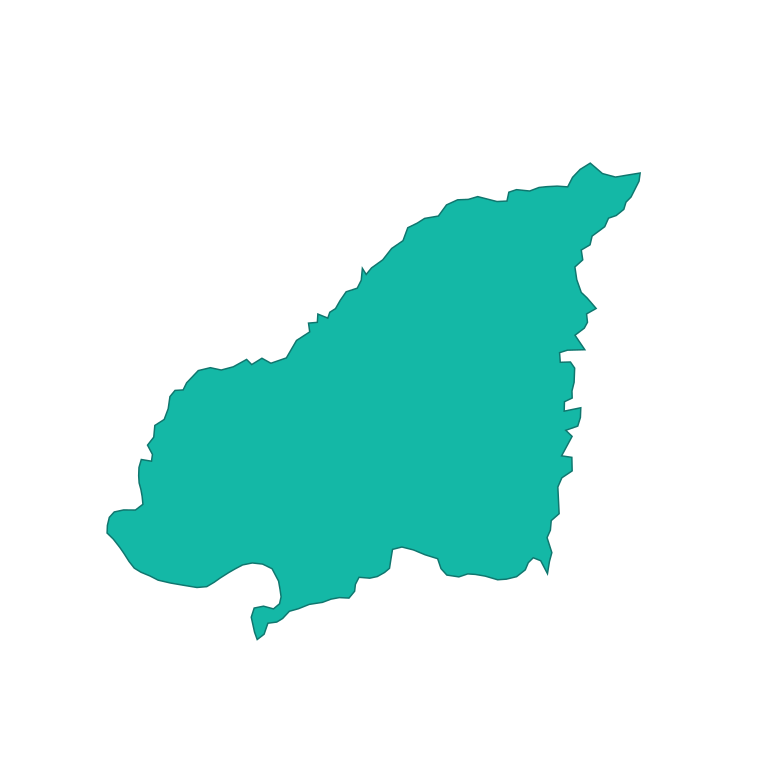 outline of São Marcos, Rio Grande do Sul, Brazil, rotated 289°
{"feature_id": "56859067B15820019194660", "entity_name": "São Marcos", "entity_type": "district", "adm_level": 2, "iso_a3": "BRA", "parent_name": "Brazil", "parent_adm1": "Rio Grande do Sul", "projection": "natural_earth1", "projection_center": [-51.072, -28.957], "detail": "fine", "context": "isolated", "style": "filled", "palette": "teal", "viewbox_px": 768, "rotation_deg": 289, "n_neighbors": 0, "source": "geoboundaries", "source_scale": "gbopen_adm2", "svg_char_len": 2451}
<svg xmlns="http://www.w3.org/2000/svg" viewBox="0 0 768 768"><g transform="rotate(289 384 384)"><path d="M101.1,347.3L108.4,352.1L120.0,352.1L124.0,360.1L129.3,364.5L138.3,368.5L143.7,376.3L151.3,385.1L157.5,396.9L163.3,403.9L167.5,411.3L170.2,420.6L178.5,423.7L185.2,422.2L193.1,423.3L195.8,433.8L199.8,440.4L206.0,445.9L211.5,449.2L220.4,447.6L230.4,445.9L235.7,454.0L236.7,465.7L235.9,478.5L236.3,491.6L228.0,498.0L223.8,505.6L226.0,517.6L231.7,525.0L233.7,532.3L235.3,542.3L235.9,555.2L239.3,563.2L245.0,572.1L254.3,578.1L262.0,578.6L268.3,581.7L267.9,589.7L257.9,600.3L270.2,598.2L279.2,597.6L291.8,588.2L300.0,588.9L309.3,586.6L318.4,591.8L343.2,581.9L353.2,582.7L363.1,590.2L375.8,585.5L373.9,575.3L395.7,578.9L399.4,570.9L407.3,580.9L416.3,580.6L425.6,577.8L417.0,563.2L426.0,560.4L432.0,566.5L438.6,564.0L447.5,563.2L461.1,559.1L465.5,553.1L461.9,543.6L470.8,539.8L475.7,546.4L481.8,562.7L492.3,548.7L502.0,555.2L508.6,556.3L516.2,552.7L524.5,560.0L531.5,548.0L534.8,540.7L545.4,532.3L556.8,526.4L566.1,531.5L574.9,526.9L582.7,533.5L591.6,532.6L604.6,541.5L613.9,542.3L618.9,548.7L627.2,553.9L634.7,553.6L641.2,556.7L658.8,559.1L666.9,557.5L655.0,535.4L654.1,522.0L660.0,507.1L650.8,499.6L640.8,495.0L630.2,493.5L627.5,483.4L623.6,473.7L620.3,466.6L613.9,458.9L610.9,446.0L606.0,439.6L597.0,440.7L593.3,431.4L591.7,411.6L586.0,403.6L582.1,393.6L573.7,384.8L560.5,380.7L553.8,368.5L546.9,363.0L539.5,355.6L525.7,355.3L514.6,347.1L501.0,342.4L489.7,334.4L481.8,331.5L486.3,325.9L474.7,328.7L465.9,327.5L458.9,318.2L448.9,315.4L439.5,313.6L434.2,309.4L428.0,309.4L428.6,298.7L420.6,300.9L417.0,292.8L409.1,296.8L396.7,287.1L376.9,283.2L366.8,270.3L368.6,260.2L359.3,252.6L362.5,246.1L351.2,235.9L344.2,225.5L342.9,214.5L336.2,204.0L320.9,197.0L313.0,196.0L309.9,188.5L302.4,185.7L290.4,188.0L278.9,187.7L270.2,180.8L258.8,183.6L249.2,180.3L242.0,188.0L235.3,189.3L233.6,179.1L225.3,179.5L217.4,181.9L210.7,184.7L205.1,188.5L199.0,191.9L191.8,195.2L183.9,190.0L180.1,178.7L175.2,170.6L168.5,167.7L160.2,168.5L152.9,170.7L149.3,178.4L143.4,187.5L139.2,193.2L133.3,200.6L128.6,207.8L126.9,215.5L126.3,225.1L125.0,234.3L126.3,246.9L128.4,259.8L130.7,273.4L134.7,282.4L141.3,288.0L147.3,292.3L155.3,298.7L160.6,303.3L166.9,309.2L171.9,317.7L174.2,327.8L172.9,338.3L163.3,348.5L155.7,352.7L149.2,356.0L142.2,356.8L135.4,352.7L134.7,342.4L129.9,334.2L120.3,334.4L107.2,342.4L101.1,347.3Z" fill="#14b8a6" stroke="#0f766e" stroke-width="1.5"/></g></svg>